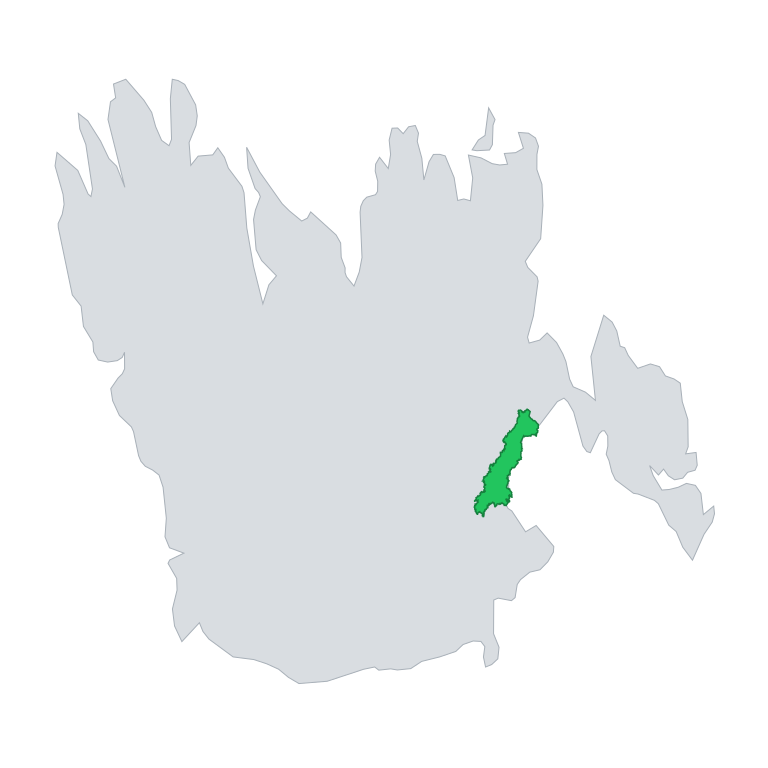 Cavan - Belturbet Lea-6, Cavan, Ireland (highlighted), rotated 91°
{"feature_id": "5873133B49845781008100", "entity_name": "Cavan - Belturbet Lea-6", "entity_type": "district", "adm_level": 2, "iso_a3": "IRL", "parent_name": "Ireland", "parent_adm1": "Cavan", "projection": "equal_earth", "projection_center": [-7.632, 54.119], "detail": "fine", "context": "in_parent", "style": "filled", "palette": "green", "viewbox_px": 768, "rotation_deg": 91, "n_neighbors": 0, "source": "geoboundaries", "source_scale": "gbopen_adm2", "svg_char_len": 9728}
<svg xmlns="http://www.w3.org/2000/svg" viewBox="0 0 768 768"><g transform="rotate(91 384 384)"><path d="M520.2,96.8L498.9,107.6L495.6,111.6L489.6,128.0L488.9,132.7L475.6,151.0L468.0,154.7L456.7,157.7L450.3,160.6L442.2,159.1L432.0,159.4L426.9,162.7L427.1,165.2L430.2,168.1L449.1,176.5L448.0,180.0L442.6,184.0L408.7,193.9L398.6,199.9L395.0,203.8L398.6,210.4L425.7,230.3L430.3,232.4L434.3,244.0L458.2,248.8L468.0,256.1L476.4,257.8L494.8,257.2L502.2,259.9L506.3,257.8L508.7,254.0L529.3,239.9L522.8,229.4L543.5,211.4L549.2,211.7L558.9,217.1L567.0,224.8L569.6,235.0L577.2,244.1L582.1,247.3L595.3,249.2L598.4,252.8L596.1,266.1L598.1,270.5L631.8,270.1L645.2,264.4L656.8,265.4L662.6,271.4L665.2,277.5L655.2,279.8L644.8,278.6L639.7,282.6L639.4,290.4L643.1,300.4L650.1,307.5L655.9,323.6L660.7,341.5L668.1,352.3L669.7,365.7L668.7,372.3L670.2,384.2L667.1,388.4L669.6,399.5L682.2,435.6L685.0,463.8L679.0,474.4L671.0,484.4L665.8,496.4L661.8,509.3L659.5,530.1L642.1,554.6L634.6,560.7L625.9,564.4L645.1,581.6L629.6,589.2L612.6,591.6L593.7,587.3L582.0,587.9L567.1,596.8L563.7,595.2L556.6,581.1L551.5,595.6L540.6,600.3L522.0,599.3L491.0,603.1L479.0,607.3L474.1,613.8L470.4,621.3L465.5,625.7L460.0,628.1L436.0,633.6L431.3,635.8L420.1,648.0L405.5,655.0L393.4,657.1L382.7,650.0L378.3,645.8L373.3,643.6L356.8,644.0L362.0,646.2L365.3,651.1L366.9,660.7L365.0,670.1L356.8,674.9L347.1,675.8L331.7,685.5L311.4,688.2L300.4,697.2L233.1,712.4L229.3,712.6L220.0,708.7L210.0,707.0L200.0,708.2L171.7,716.7L158.1,715.0L175.8,693.9L199.2,683.2L201.7,680.3L194.1,678.9L149.7,686.3L134.2,692.6L118.7,694.4L126.0,684.8L146.1,671.6L163.4,663.0L170.9,655.2L191.9,646.5L124.3,664.6L106.6,662.4L102.6,657.3L88.8,659.7L83.8,647.5L104.5,629.0L116.5,621.0L130.7,616.8L144.3,610.6L149.5,603.1L143.1,600.7L102.5,602.6L83.0,601.0L84.2,595.1L87.9,588.5L108.2,577.2L119.2,575.4L128.9,576.5L146.0,583.1L168.8,581.0L159.4,573.8L157.9,559.2L150.7,554.3L160.1,547.5L170.9,543.4L188.8,529.5L195.2,527.3L230.4,523.9L268.4,516.6L306.0,506.5L286.8,500.8L277.7,493.4L262.7,508.5L252.0,514.2L221.8,517.3L212.3,515.6L198.9,510.9L194.7,512.7L190.8,516.3L170.7,523.7L149.7,525.5L174.3,511.9L205.5,489.0L212.5,481.7L222.5,469.1L219.5,463.5L213.2,460.3L235.8,434.5L243.8,429.8L258.1,429.0L268.6,424.9L273.2,424.9L277.4,423.4L286.6,415.7L272.5,410.7L257.9,408.2L212.6,410.9L206.7,410.3L201.1,407.9L197.5,404.5L194.9,395.8L191.6,393.8L181.4,393.8L171.3,396.5L164.3,396.2L157.4,392.4L168.5,383.5L154.4,381.4L140.0,383.1L128.1,380.4L127.8,374.8L133.4,369.2L126.4,363.9L125.0,357.2L132.6,353.9L140.8,355.0L157.7,350.1L179.3,347.7L160.9,342.8L153.6,338.6L153.4,332.2L154.9,326.8L176.4,317.5L199.2,313.5L197.6,307.4L199.3,300.8L176.4,298.9L153.6,303.6L156.2,291.0L161.8,279.7L163.0,272.2L162.1,264.3L151.4,267.7L150.4,256.4L145.9,248.7L130.1,254.0L130.7,243.9L135.4,236.8L143.6,233.7L151.8,235.1L166.9,234.9L181.5,229.6L202.6,228.2L236.0,229.9L258.9,244.9L264.9,242.3L274.2,232.8L278.5,231.7L313.2,235.8L334.7,241.3L340.5,239.6L337.4,229.1L330.1,221.8L339.5,212.2L350.8,205.7L358.4,202.5L375.9,198.5L383.5,194.8L388.6,182.5L396.7,172.3L352.9,177.6L311.4,165.5L318.1,157.0L326.9,152.2L342.1,148.5L343.5,144.0L351.2,140.3L363.9,130.6L359.3,118.0L361.9,108.8L371.0,102.8L373.9,94.1L378.0,87.8L396.4,85.5L414.2,79.6L441.5,78.8L448.6,81.2L447.0,70.8L459.8,69.4L464.8,71.5L467.0,78.9L472.9,83.6L474.7,91.8L470.8,98.1L464.2,103.0L470.2,108.0L460.9,117.0L471.0,113.2L485.2,104.3L484.5,97.1L482.1,88.0L478.1,79.9L479.9,70.9L487.9,65.2L509.0,62.4L500.3,52.2L508.0,51.3L516.3,53.4L528.7,61.4L554.8,72.5L542.0,82.4L526.4,89.3L520.2,96.8ZM149.1,295.2L148.4,300.0L138.4,293.9L133.7,287.3L106.1,284.2L117.7,277.6L123.3,279.5L142.8,279.8L148.2,282.6L149.1,295.2Z" fill="#d9dde1" stroke="#a8b0b8" stroke-width="1"/><path d="M503.2,260.5L503.4,259.7L502.6,259.4L501.1,258.2L500.2,258.3L499.5,258.6L498.8,259.4L497.9,259.6L497.4,260.0L497.1,260.0L496.9,259.6L496.9,259.2L497.2,258.8L498.5,257.6L499.8,257.0L499.7,256.8L499.4,256.4L498.3,256.5L497.4,257.3L496.9,257.2L495.9,256.5L493.3,257.2L492.7,256.5L494.4,255.3L494.9,254.5L494.9,254.1L493.6,254.3L492.4,254.2L491.8,254.7L490.3,254.4L489.0,255.4L488.8,255.9L486.8,256.6L487.1,257.2L487.0,257.6L486.3,257.8L486.2,258.4L486.3,259.0L485.3,259.7L484.5,259.5L483.6,259.6L483.1,259.1L482.1,259.0L481.2,258.4L479.8,258.5L479.5,258.3L479.3,257.8L478.6,257.4L478.2,257.9L477.4,258.3L477.6,258.6L477.4,258.9L476.1,258.5L476.2,258.9L476.4,259.0L476.0,259.7L474.5,258.8L473.5,259.0L473.4,258.3L473.1,257.9L472.3,257.8L472.2,257.1L472.5,256.5L472.3,256.5L471.7,256.5L471.2,256.3L470.0,256.7L467.5,256.1L467.6,255.8L467.3,255.4L465.4,254.5L465.5,253.2L465.3,253.2L465.4,252.4L465.1,252.0L465.0,251.8L462.7,250.6L462.7,250.4L461.6,249.6L461.3,249.0L460.1,248.6L459.1,249.7L458.5,249.6L458.3,248.8L458.1,248.7L458.1,247.8L457.8,247.6L457.3,247.7L457.5,247.1L456.9,246.7L457.0,246.5L456.9,245.9L457.1,245.4L457.4,245.4L456.8,245.4L456.4,245.9L455.0,245.3L453.9,246.0L453.4,245.9L452.2,246.0L451.1,245.8L450.0,246.0L449.2,245.8L448.7,245.0L447.9,244.9L446.8,245.3L446.0,245.3L446.0,245.0L445.5,245.4L445.1,245.1L444.4,245.1L444.1,245.3L441.2,245.4L440.2,246.4L436.4,244.9L433.3,243.4L434.2,242.7L433.8,242.2L433.6,241.6L433.7,239.3L433.3,237.7L433.4,237.4L433.3,237.2L433.5,236.4L432.9,236.4L432.7,236.0L431.9,235.4L432.0,235.1L431.9,234.8L431.9,234.1L432.1,233.5L431.8,233.1L432.0,232.5L432.2,232.4L432.1,231.7L433.0,231.6L433.3,230.8L431.6,230.6L430.8,231.1L430.3,230.5L430.4,230.2L429.8,229.6L427.9,229.4L427.4,230.2L426.6,230.4L426.1,230.2L425.6,229.1L424.6,228.9L424.0,229.1L421.8,229.0L420.4,230.6L419.3,231.3L419.0,231.9L418.3,232.3L418.0,233.0L418.1,234.1L416.5,235.5L416.5,235.9L415.7,236.8L414.8,237.4L414.1,238.2L413.2,238.4L409.0,237.4L407.9,238.7L407.8,239.1L407.2,239.4L407.1,240.0L406.8,240.2L406.7,240.5L407.9,241.3L407.9,241.8L408.3,242.1L408.2,242.3L408.5,242.8L409.3,242.8L409.2,243.0L409.6,243.3L409.5,243.7L410.0,243.9L409.8,244.2L410.0,244.1L410.1,244.4L410.0,245.1L409.7,245.5L409.2,245.8L408.4,246.0L407.7,247.0L407.7,247.4L408.4,247.6L408.2,247.6L408.0,248.0L408.1,248.5L408.0,248.8L408.5,248.9L408.4,249.2L408.8,249.4L409.8,249.0L409.7,248.7L410.2,248.5L410.5,248.7L410.6,248.4L410.4,248.3L410.6,248.2L411.2,248.5L411.3,248.9L411.6,248.6L412.7,248.6L412.8,248.1L413.8,247.9L413.9,248.2L414.5,248.4L414.6,249.0L415.7,249.5L415.8,249.8L416.1,250.0L417.9,250.1L418.8,250.4L419.7,250.2L420.9,250.1L422.2,251.5L422.8,251.9L424.5,252.2L424.9,253.0L425.9,253.1L426.4,254.2L427.4,254.4L428.0,255.4L429.7,256.4L429.0,257.5L429.7,257.5L430.6,258.1L430.4,258.5L430.5,258.8L431.5,259.5L432.0,259.4L433.4,259.7L434.6,260.3L434.8,260.5L433.7,261.2L435.3,262.3L437.7,263.4L437.4,263.7L438.7,264.1L439.9,263.4L440.1,263.2L439.6,263.0L439.5,262.5L439.8,262.2L441.0,261.7L441.1,261.2L441.7,260.7L442.4,260.7L442.5,261.2L443.0,261.3L443.3,262.1L443.7,262.2L445.7,262.3L446.7,261.8L446.9,262.3L447.6,262.4L447.8,262.7L447.5,263.1L448.4,263.1L448.2,263.3L448.4,264.3L449.2,264.6L450.0,264.4L450.3,264.6L450.2,264.8L450.4,265.4L450.3,266.4L451.1,266.5L451.9,266.1L453.5,266.3L454.1,266.2L455.0,267.1L455.5,268.2L457.0,268.9L457.2,269.6L457.1,269.9L457.3,270.2L457.7,270.4L458.5,270.3L458.6,270.7L459.1,271.0L459.9,270.4L460.3,270.9L461.0,270.9L461.5,272.2L461.4,273.2L462.2,273.6L462.9,272.8L463.7,273.2L464.1,273.8L463.8,273.8L463.4,274.3L462.9,274.4L462.6,274.8L462.5,275.7L463.1,275.7L463.4,276.6L464.0,276.5L466.3,277.3L467.2,277.2L467.3,276.8L467.0,276.1L467.4,275.9L467.8,276.2L468.8,276.5L469.2,277.0L469.2,276.6L469.6,275.7L469.9,275.6L470.2,275.9L470.1,276.3L470.3,277.4L470.9,277.9L471.7,278.2L471.7,278.7L472.0,279.1L473.8,279.3L473.8,279.8L474.1,280.4L474.8,281.0L475.0,281.0L474.9,282.2L475.4,282.7L475.8,282.3L476.5,282.3L477.1,282.8L478.1,283.1L478.8,282.6L479.3,283.5L479.7,282.2L480.5,282.7L481.0,282.2L480.9,281.9L482.7,281.8L482.6,280.9L482.9,280.6L483.5,280.8L484.0,281.9L485.0,282.3L485.6,282.2L485.8,281.5L487.1,281.4L487.5,281.6L487.9,282.1L488.7,282.0L489.1,282.3L489.3,282.0L489.1,281.2L489.3,280.9L489.6,281.0L490.4,281.9L490.2,282.4L490.4,282.7L490.1,283.1L490.7,283.6L490.9,284.4L490.0,284.6L490.1,284.8L490.5,285.0L491.6,286.0L492.7,285.5L493.4,285.8L493.9,286.7L493.8,286.9L494.7,287.4L494.8,287.8L494.4,288.3L495.4,288.8L496.1,290.0L497.3,289.7L497.8,290.1L498.2,290.1L498.5,290.8L499.4,291.4L499.6,291.3L499.2,290.5L498.5,289.8L499.1,289.2L498.8,288.9L498.5,288.0L499.1,288.1L499.7,288.5L499.8,288.1L500.2,287.9L500.7,287.9L501.4,289.0L502.5,289.6L502.4,290.5L502.7,290.4L503.0,290.7L503.5,290.3L504.1,290.9L504.1,291.2L504.9,291.2L505.2,291.5L505.6,291.6L506.1,291.1L507.7,291.0L508.0,290.5L507.9,290.0L508.5,290.0L508.9,290.5L509.4,290.5L509.4,290.0L510.3,289.9L510.3,289.7L510.6,289.4L511.8,289.2L512.0,288.8L512.6,288.5L512.6,288.2L511.9,288.1L510.9,287.5L510.2,286.7L510.0,286.0L510.6,285.9L510.6,285.7L511.0,285.3L511.0,285.0L511.2,284.7L511.2,284.0L511.8,284.0L512.1,283.7L512.2,283.3L511.7,282.9L512.4,283.2L513.7,283.0L513.9,283.2L514.0,282.7L514.8,282.7L514.8,282.1L514.1,281.9L511.5,281.7L510.3,282.1L509.8,281.2L509.2,280.9L508.9,281.2L508.4,280.7L507.9,280.8L507.9,280.5L507.5,280.2L507.6,279.6L506.3,279.1L505.9,278.0L504.7,278.1L504.5,278.6L504.2,278.7L503.8,278.6L504.3,278.1L503.4,276.9L502.7,277.1L502.6,277.3L501.7,277.0L501.7,276.7L502.7,276.6L502.7,276.2L502.3,275.8L502.2,275.3L501.7,275.3L501.4,275.0L501.5,274.6L501.3,274.0L500.3,273.4L500.5,272.8L501.1,272.4L501.0,271.9L501.2,271.7L502.5,271.7L502.9,271.5L503.0,271.1L504.3,271.2L504.8,270.8L503.4,269.2L502.2,269.1L501.7,268.0L502.0,267.2L502.3,266.9L501.4,266.0L502.1,265.6L502.0,265.3L500.7,264.0L501.3,263.7L501.4,262.9L501.6,262.8L501.9,262.1L503.2,261.7L503.1,261.2L503.3,260.9L503.1,260.6L503.2,260.5Z" fill="#22c55e" stroke="#15803d" stroke-width="1.5"/></g></svg>